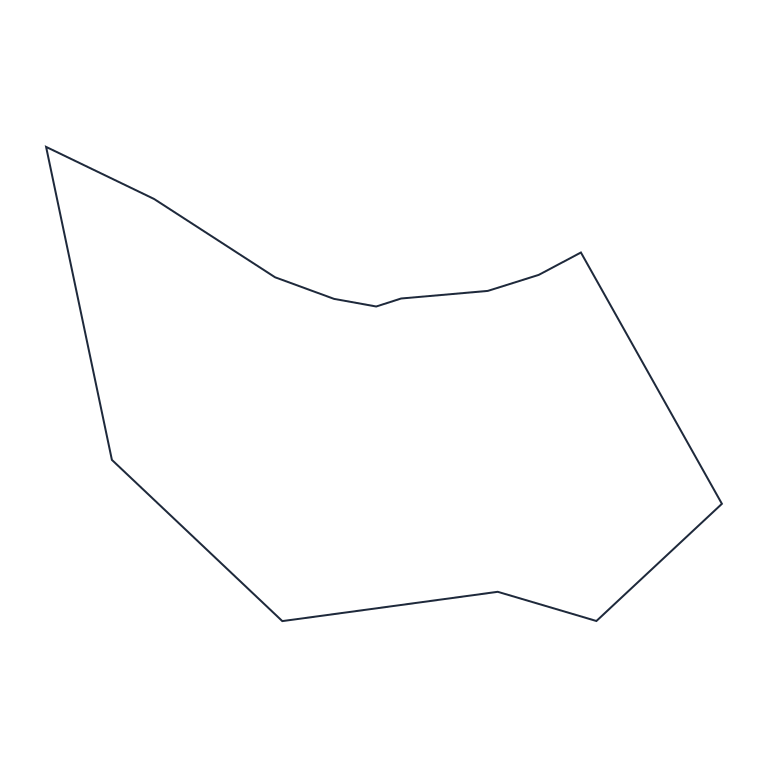 outline of Waterford
{"feature_id": "IRL-5571", "entity_name": "Waterford", "entity_type": "City", "adm_level": 1, "iso_a3": "IRL", "parent_name": "Ireland", "parent_adm1": "", "projection": "orthographic", "projection_center": [-7.082, 52.239], "detail": "fine", "context": "isolated", "style": "outline", "palette": "slate", "viewbox_px": 768, "rotation_deg": 0, "n_neighbors": 0, "source": "natural_earth", "source_scale": "10m", "svg_char_len": 305}
<svg xmlns="http://www.w3.org/2000/svg" viewBox="0 0 768 768"><path d="M46.1,146.9L154.1,199.0L275.1,277.3L334.1,298.9L376.2,306.5L401.1,298.5L487.8,290.9L538.7,274.9L580.9,252.5L721.9,503.8L596.4,621.0L497.7,591.8L282.3,621.1L111.9,459.9L46.1,146.9Z" fill="none" stroke="#1e293b" stroke-width="2"/></svg>